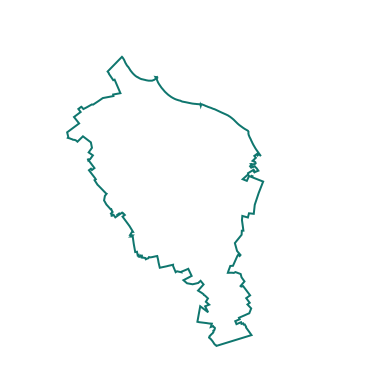 the district of Caborca, Sonora, Mexico, rotated 143°
{"feature_id": "50627088B68823921856898", "entity_name": "Caborca", "entity_type": "district", "adm_level": 2, "iso_a3": "MEX", "parent_name": "Mexico", "parent_adm1": "Sonora", "projection": "orthographic", "projection_center": [-112.534, 30.898], "detail": "fine", "context": "isolated", "style": "outline", "palette": "teal", "viewbox_px": 384, "rotation_deg": 143, "n_neighbors": 0, "source": "geoboundaries", "source_scale": "gbopen_adm2", "svg_char_len": 5888}
<svg xmlns="http://www.w3.org/2000/svg" viewBox="0 0 384 384"><g transform="rotate(143 192 192)"><path d="M115.4,179.2L115.2,186.7L115.1,188.6L114.6,192.8L114.4,193.9L114.3,194.6L114.1,195.4L113.7,197.5L113.3,199.1L112.9,201.5L112.4,203.2L112.4,203.5L111.9,204.4L111.8,204.7L110.6,206.2L110.5,207.1L110.7,207.8L111.9,210.6L112.6,212.6L113.9,216.9L114.4,219.2L114.9,222.6L115.2,224.8L115.8,227.3L116.4,229.4L116.9,230.6L117.0,231.1L118.0,233.1L120.6,237.8L123.8,243.9L124.4,244.9L124.9,245.5L126.3,247.9L127.9,250.2L128.5,251.3L129.1,252.2L130.3,254.4L130.8,255.1L131.1,255.7L131.2,255.8L131.4,256.1L131.8,256.7L132.1,256.9L132.2,257.0L132.3,256.9L132.5,256.5L132.6,256.4L132.5,256.2L132.6,255.9L132.9,255.7L132.8,255.9L132.7,256.4L132.8,256.3L132.9,256.1L133.0,256.1L132.9,256.4L132.9,256.5L132.8,256.8L132.9,257.3L133.0,257.4L133.7,258.0L134.5,258.7L135.4,259.5L136.0,260.1L136.8,260.8L138.4,262.3L140.1,264.2L143.0,267.5L144.1,268.7L144.9,269.6L145.4,270.1L146.4,272.0L147.2,272.9L148.9,275.3L149.8,276.8L150.7,278.7L151.4,280.4L151.9,282.0L152.5,284.0L152.9,286.1L153.3,288.5L153.4,290.4L153.6,293.7L153.5,296.0L153.4,298.0L153.2,299.8L152.7,301.9L152.4,302.9L152.2,303.4L151.7,304.1L151.5,304.3L151.3,304.2L151.2,304.5L150.7,304.6L150.7,304.8L150.9,304.8L151.0,304.9L151.2,304.7L151.4,304.8L151.6,305.1L151.6,305.5L151.8,305.7L151.8,305.3L152.2,305.2L152.2,304.9L152.3,304.7L152.6,304.5L153.3,304.3L153.8,304.3L154.6,304.3L156.4,304.8L157.0,305.0L157.8,305.6L159.5,306.9L160.1,307.5L161.4,308.9L162.3,310.1L162.7,310.5L162.9,310.8L164.1,312.2L164.2,312.4L164.4,312.5L164.8,313.1L165.0,313.6L165.3,314.0L165.8,315.1L165.9,315.7L166.2,316.0L166.4,316.6L166.5,316.6L166.8,317.3L166.9,317.5L167.4,319.4L167.7,321.1L167.9,322.8L168.0,325.9L167.7,329.4L167.7,329.7L167.6,330.5L167.8,330.8L167.8,331.0L167.8,332.4L167.4,335.6L167.0,337.0L166.9,337.8L166.7,338.3L166.6,339.5L166.5,340.6L166.6,340.9L166.5,341.4L166.6,342.1L186.9,339.0L186.9,337.6L186.9,336.8L187.2,336.5L187.6,328.7L186.2,328.3L189.7,314.0L196.3,317.3L197.0,315.9L206.7,320.7L211.8,320.9L218.4,321.3L219.3,322.2L225.3,323.0L228.8,323.6L229.0,326.4L229.1,326.7L232.8,326.7L232.8,322.9L241.1,322.9L240.9,314.7L255.8,314.8L257.7,310.4L258.6,310.0L257.1,308.0L256.8,307.4L255.9,306.1L255.7,305.5L255.2,305.0L254.8,304.6L254.5,304.4L254.0,303.7L253.8,303.4L253.5,302.5L253.2,301.1L245.6,302.1L242.9,292.5L245.3,287.5L250.7,285.8L249.1,280.9L253.7,279.5L254.8,280.2L255.0,280.4L255.2,280.2L255.4,280.3L255.6,280.4L255.8,279.8L255.9,279.5L255.5,279.5L255.5,269.8L258.7,269.8L258.7,271.4L261.2,271.4L261.1,261.7L261.2,260.0L262.7,260.1L263.1,254.6L262.9,253.6L261.5,242.4L261.3,242.0L263.9,241.3L267.3,238.2L267.9,233.5L267.5,228.9L267.4,227.1L266.8,226.9L267.2,225.5L267.4,224.1L267.7,224.2L268.2,224.0L268.3,223.5L269.4,223.5L269.7,223.5L269.7,223.4L269.3,223.3L269.3,223.2L269.7,222.8L270.5,221.4L269.9,221.1L269.1,220.9L268.9,221.1L269.0,221.2L268.9,221.3L268.4,221.0L268.5,217.9L265.4,217.8L265.4,218.7L263.2,218.7L263.3,217.7L260.3,217.6L260.3,216.9L259.9,216.9L259.9,217.3L259.5,214.1L262.3,214.1L262.3,212.2L262.4,202.6L263.1,195.6L264.1,196.2L267.3,194.9L265.6,193.2L267.7,193.2L266.2,192.0L269.7,185.7L273.5,178.2L271.9,177.4L273.5,174.1L272.6,173.9L272.8,173.6L273.5,172.5L273.2,172.0L272.7,171.7L272.3,171.7L272.0,172.0L271.6,172.0L271.3,172.2L271.0,171.7L270.5,171.5L270.3,171.4L270.4,171.1L271.0,170.8L271.3,170.6L271.7,170.0L270.8,169.1L270.6,169.2L269.0,167.3L269.4,166.1L269.1,166.0L268.9,166.1L267.0,165.5L266.8,165.4L266.2,165.6L265.5,165.9L264.8,165.0L263.8,164.4L263.2,164.1L259.5,162.4L258.3,161.8L258.6,161.0L259.0,160.4L259.2,159.7L259.8,158.4L261.2,155.7L263.3,150.9L257.1,148.0L256.4,147.7L255.4,147.3L250.9,145.3L251.6,144.4L253.3,137.8L251.7,137.7L248.9,134.4L248.8,134.8L243.8,133.5L241.2,132.9L242.8,125.2L251.9,126.7L250.9,122.1L247.0,117.9L241.8,115.6L238.6,115.9L238.4,111.2L246.5,109.6L245.0,105.7L244.3,103.4L244.5,102.6L244.1,101.8L244.0,101.6L243.3,97.4L247.0,96.0L246.1,91.7L250.3,92.8L251.5,86.2L254.2,95.8L265.8,85.1L264.8,83.9L259.3,78.6L256.9,76.1L256.7,76.1L255.4,74.9L258.2,72.9L255.9,72.2L256.0,71.7L256.0,71.2L255.7,70.8L255.5,69.9L255.6,69.6L255.9,69.3L256.0,69.1L256.7,68.7L257.2,68.3L257.5,68.2L258.0,68.4L258.4,68.4L258.6,67.8L259.0,67.3L259.3,67.2L259.8,67.2L260.1,66.9L260.3,66.8L260.8,66.7L261.5,66.8L262.4,66.6L262.6,66.6L262.9,66.6L263.1,66.5L263.3,66.5L263.6,66.4L263.8,66.4L264.4,66.2L264.6,66.3L265.2,65.9L265.4,65.7L265.7,65.7L265.9,65.6L266.0,65.5L266.0,65.4L265.8,64.4L265.7,64.2L265.7,63.8L265.5,63.5L265.5,63.4L265.5,62.8L265.5,62.4L265.4,62.2L265.5,61.8L265.4,61.0L265.4,60.7L265.4,59.9L265.5,59.0L265.5,58.2L265.6,57.9L265.6,57.0L265.4,55.8L265.2,55.4L265.0,55.1L265.1,54.4L230.6,41.9L230.5,45.0L230.4,51.2L229.9,51.8L229.6,54.5L230.5,55.0L230.2,56.3L231.8,56.9L231.4,57.8L231.2,58.5L236.0,59.7L235.6,61.2L235.2,62.8L230.5,61.7L230.2,63.3L219.2,60.7L214.8,63.4L215.4,68.8L215.0,68.8L214.8,68.8L212.6,68.8L212.6,74.6L207.8,74.5L207.8,86.0L209.6,86.8L209.8,87.7L203.9,89.0L203.8,94.0L202.5,97.2L205.5,101.9L207.3,102.2L208.8,103.6L212.0,105.9L210.6,106.9L205.9,109.9L203.7,108.4L194.3,113.6L192.8,114.1L192.5,112.2L191.2,112.5L191.5,117.8L188.5,125.4L178.1,128.0L175.5,131.1L174.2,130.2L169.0,139.5L166.2,142.6L162.7,138.0L159.3,140.7L155.8,137.4L149.6,144.0L139.3,151.1L133.3,154.8L128.9,157.5L135.1,167.6L134.2,168.2L134.7,169.0L135.6,168.5L136.8,170.4L141.5,167.9L143.8,171.7L136.4,172.3L136.0,173.3L129.4,172.7L129.5,171.6L130.3,171.6L130.3,170.1L129.5,170.0L126.2,169.1L126.1,172.3L126.3,173.0L126.4,174.8L127.7,175.4L127.7,175.1L130.1,175.8L130.1,177.6L128.2,177.6L128.2,178.9L127.6,178.6L127.5,178.3L126.7,177.5L125.4,176.7L124.4,176.5L123.9,176.6L123.5,177.7L123.8,178.8L124.1,178.9L124.9,180.4L120.4,180.9L120.5,183.3L117.8,183.3L117.7,181.7L116.9,181.8L117.0,183.3L115.4,183.3L115.6,181.7L115.4,179.2Z" fill="none" stroke="#0f766e" stroke-width="2"/></g></svg>